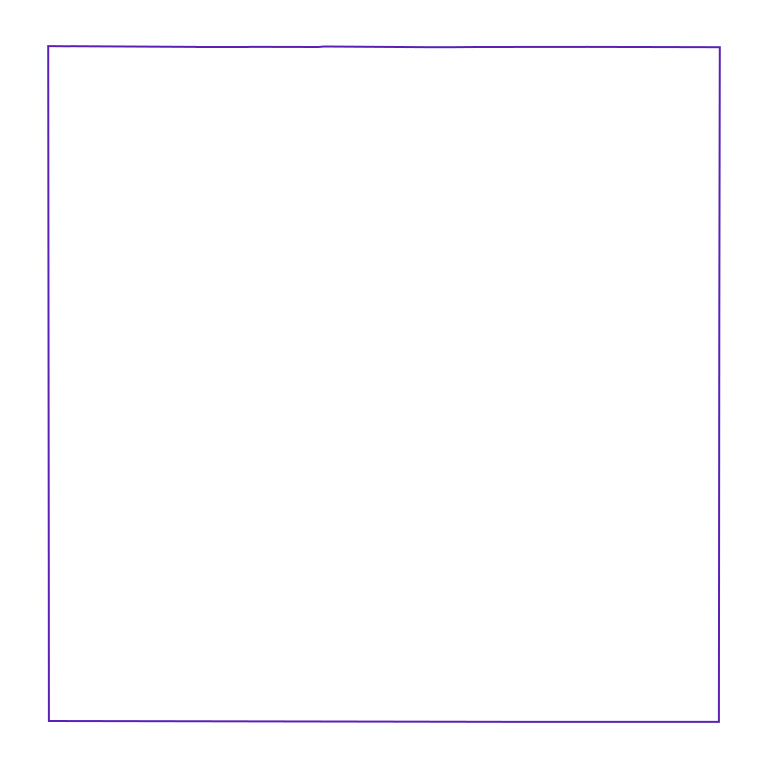 Washington, Kansas, United States of America
{"feature_id": "52423323B79876841962369", "entity_name": "Washington", "entity_type": "district", "adm_level": 2, "iso_a3": "USA", "parent_name": "United States of America", "parent_adm1": "Kansas", "projection": "mercator", "projection_center": [-97.1, 39.784], "detail": "fine", "context": "isolated", "style": "outline", "palette": "violet", "viewbox_px": 768, "rotation_deg": 0, "n_neighbors": 0, "source": "geoboundaries", "source_scale": "gbopen_adm2", "svg_char_len": 422}
<svg xmlns="http://www.w3.org/2000/svg" viewBox="0 0 768 768"><path d="M48.2,46.1L48.8,586.3L48.9,721.0L537.5,721.9L718.9,721.9L719.3,317.3L719.8,47.2L638.7,47.0L637.2,47.0L633.4,47.0L630.8,47.0L588.3,46.9L587.9,46.9L477.4,47.0L451.6,47.2L429.1,47.2L323.9,46.5L318.5,47.0L271.6,46.9L249.6,46.9L247.1,47.0L196.1,47.0L196.0,46.9L70.7,46.2L70.0,46.3L48.3,46.1L48.2,46.1Z" fill="none" stroke="#5b21b6" stroke-width="2"/></svg>